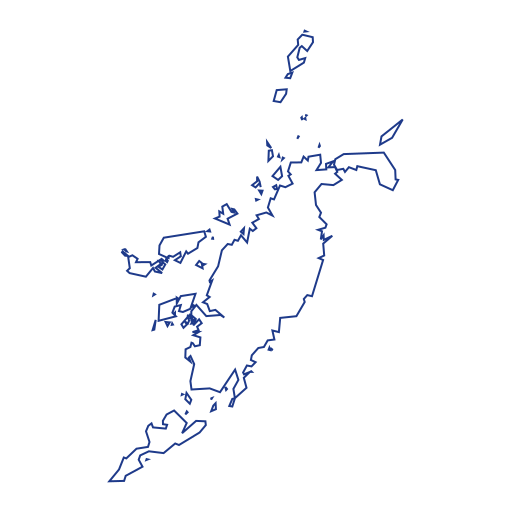 Maluku Tenggara Barat, Maluku, Indonesia
{"feature_id": "22746128B78864950196660", "entity_name": "Maluku Tenggara Barat", "entity_type": "district", "adm_level": 2, "iso_a3": "IDN", "parent_name": "Indonesia", "parent_adm1": "Maluku", "projection": "robinson", "projection_center": [131.235, -7.5], "detail": "fine", "context": "isolated", "style": "outline", "palette": "blue", "viewbox_px": 512, "rotation_deg": 0, "n_neighbors": 0, "source": "geoboundaries", "source_scale": "gbopen_adm2", "svg_char_len": 6160}
<svg xmlns="http://www.w3.org/2000/svg" viewBox="0 0 512 512"><path d="M320.2,154.7L308.5,156.7L307.8,160.5L303.6,156.6L301.3,162.4L290.8,162.5L288.0,171.4L290.7,174.4L288.4,175.8L292.6,183.6L285.4,187.2L280.0,185.5L274.0,199.4L270.7,198.3L267.9,207.5L272.5,215.6L266.3,212.5L256.6,215.3L258.9,219.0L252.3,222.7L256.4,228.2L252.8,231.0L249.8,228.7L247.1,242.5L241.0,235.3L237.9,240.8L234.5,239.8L231.8,244.8L227.7,244.0L221.9,250.3L218.1,266.3L209.5,280.4L210.1,283.1L210.5,281.5L212.2,280.4L206.8,295.3L209.6,297.0L203.0,302.3L207.2,304.0L209.8,311.1L215.4,309.9L224.3,317.5L220.5,315.0L206.3,316.1L196.4,304.9L191.3,311.3L191.4,321.5L192.4,316.1L195.8,319.0L193.3,325.4L199.1,319.3L201.7,323.2L197.1,326.7L198.6,330.2L192.5,332.1L198.7,332.0L193.3,335.2L200.4,337.4L199.8,345.2L194.9,346.3L192.8,343.2L191.5,342.7L190.4,347.0L185.6,349.3L185.3,357.5L190.4,361.6L188.8,357.6L190.5,356.0L194.2,364.1L190.4,381.1L191.5,389.5L209.7,388.4L220.0,392.2L235.1,369.6L238.4,379.9L233.4,388.9L234.9,398.2L246.5,387.8L243.8,377.8L249.8,372.0L244.0,374.3L243.1,372.5L246.9,365.5L251.5,366.4L255.6,362.2L250.9,360.0L251.8,355.3L258.3,348.0L263.9,347.0L267.7,340.4L274.4,339.5L272.4,330.5L278.9,332.1L280.2,317.9L296.4,316.2L304.7,302.0L303.8,299.0L307.3,295.1L312.0,296.2L323.1,260.0L318.7,258.1L324.2,255.5L323.2,243.6L332.3,235.8L323.8,239.9L323.6,235.3L320.8,239.4L322.0,231.3L318.1,229.8L325.4,227.7L326.6,224.3L319.3,217.0L321.0,212.7L316.0,205.0L314.6,192.3L321.5,184.0L333.4,185.1L341.8,179.9L335.1,173.7L337.3,171.9L335.1,167.1L328.3,167.4L333.2,161.3L326.0,163.9L326.3,169.4L316.5,170.1L321.0,162.9L320.2,154.7ZM174.1,410.5L166.6,414.5L162.9,420.8L163.0,424.2L167.1,424.8L165.8,428.6L153.0,427.4L151.5,423.4L148.3,425.8L146.0,431.3L149.5,442.0L148.0,446.9L136.5,448.7L126.3,458.4L123.8,457.5L119.0,469.5L109.3,481.3L124.1,480.9L125.7,475.8L142.5,466.7L138.7,459.7L140.2,455.4L148.9,451.3L163.6,453.1L175.2,443.5L179.0,445.0L199.6,432.5L205.8,425.1L205.4,421.3L196.1,420.9L182.1,433.2L186.7,423.0L174.1,410.5ZM383.8,152.6L343.7,154.1L335.3,159.2L334.0,164.7L337.1,170.0L343.3,168.8L345.0,171.9L348.9,167.2L356.3,170.0L357.3,166.2L375.8,170.2L379.9,184.3L392.8,190.2L398.2,179.9L395.6,179.4L395.2,170.0L383.8,152.6ZM204.2,231.3L163.8,237.7L159.5,245.4L159.0,254.0L167.2,257.7L168.6,256.0L169.3,255.7L173.1,256.8L180.2,252.3L180.8,256.3L174.9,260.2L180.4,262.9L186.2,251.4L188.0,253.7L197.4,248.0L198.5,242.3L205.9,236.8L204.2,231.3ZM195.5,293.8L180.8,296.1L176.8,303.4L176.7,298.2L159.3,304.8L158.6,320.8L175.9,316.3L172.4,312.7L174.7,306.6L180.8,305.1L179.0,311.1L182.9,312.0L190.3,308.8L195.5,293.8ZM132.4,255.3L128.2,257.1L129.8,268.2L127.1,270.8L129.6,273.1L145.9,276.7L153.0,268.0L154.9,271.5L162.1,273.1L155.6,267.8L160.9,263.9L158.6,260.8L163.7,260.7L161.6,258.9L151.3,265.5L150.2,262.1L136.0,262.2L137.6,258.8L132.4,255.3ZM302.3,34.7L297.7,39.5L298.2,44.9L287.9,56.6L290.3,71.0L303.9,62.6L305.2,58.1L298.9,59.9L297.3,57.3L299.7,47.8L301.8,46.1L307.2,51.0L313.0,42.2L312.7,37.2L302.3,34.7ZM226.7,204.1L222.3,206.6L223.2,213.7L219.3,211.4L219.6,216.6L215.0,218.5L229.6,224.6L227.6,218.7L237.4,213.6L234.3,209.4L232.2,208.9L234.0,212.5L231.5,211.9L226.7,204.1ZM392.1,137.8L402.7,119.5L381.5,136.4L380.0,144.7L392.1,137.8ZM286.7,89.3L276.7,90.1L273.7,101.0L280.5,102.2L286.1,93.8L286.7,89.3ZM282.1,176.2L280.4,166.8L272.5,176.1L278.1,179.9L282.1,176.2ZM271.9,150.2L268.8,150.7L268.4,160.9L273.0,156.3L271.9,150.2ZM186.5,392.9L185.3,399.2L189.8,403.7L191.3,399.8L186.5,392.9ZM199.2,261.0L196.1,265.0L202.6,268.3L201.7,262.9L199.2,261.0ZM259.6,181.6L257.1,176.6L257.1,181.3L252.1,185.2L255.6,187.4L259.6,183.2L260.7,187.1L259.6,181.6ZM187.8,316.9L181.4,324.3L183.5,327.8L186.9,324.5L184.8,321.5L187.9,323.5L189.1,320.6L187.8,316.9ZM162.3,262.1L161.8,264.9L158.3,266.7L162.4,269.5L165.3,264.4L162.3,262.1ZM215.6,403.2L213.3,405.6L211.2,411.2L215.9,409.2L215.6,403.2ZM292.3,72.6L287.8,74.1L285.5,77.7L290.2,78.2L292.3,72.6ZM271.2,148.0L267.1,141.9L267.3,145.4L271.2,148.0ZM244.0,228.2L240.8,231.7L243.5,234.0L244.0,228.2ZM232.3,406.5L234.9,398.3L232.3,398.9L229.3,406.0L232.3,406.5ZM169.7,322.4L165.6,322.0L167.5,326.1L169.7,322.4ZM276.2,185.2L273.0,187.0L274.9,189.3L277.1,189.0L276.2,185.2ZM154.3,329.6L155.7,319.9L152.6,330.1L154.3,329.6ZM128.0,255.9L122.6,251.3L122.0,252.4L125.1,255.7L128.0,255.9ZM207.4,231.2L210.1,231.5L209.5,229.6L207.4,231.2ZM269.4,347.7L268.6,349.7L270.2,350.1L269.4,347.7ZM262.5,190.7L259.1,190.5L261.3,194.1L262.5,190.7ZM204.9,264.2L202.2,263.7L203.4,265.1L204.9,264.2ZM166.3,258.5L165.7,260.9L167.1,262.1L167.8,260.7L166.3,258.5ZM185.4,414.4L187.6,412.3L186.8,411.4L185.4,414.4ZM178.8,298.8L177.2,297.8L177.7,299.3L178.8,298.8ZM258.0,199.6L255.9,199.1L256.2,200.5L258.0,199.6ZM302.2,120.1L301.8,117.2L301.3,117.7L302.2,120.1ZM227.0,389.0L225.3,387.0L226.1,390.0L227.0,389.0ZM213.1,238.8L212.9,236.8L212.2,238.7L213.1,238.8ZM279.4,157.1L278.8,154.9L278.0,156.6L279.4,157.1ZM272.8,349.9L271.4,348.8L271.2,349.6L272.8,349.9ZM304.4,31.6L306.2,31.4L304.7,30.7L304.4,31.6ZM153.3,295.4L154.9,294.4L153.7,293.7L153.3,295.4ZM187.9,315.6L189.6,316.1L188.0,315.4L187.9,315.6ZM283.8,158.1L282.8,157.6L282.3,159.5L283.8,158.1ZM319.9,146.0L319.5,144.8L318.5,147.7L319.9,146.0ZM172.9,324.6L172.2,323.4L171.8,324.8L172.9,324.6ZM193.0,306.4L194.3,305.7L193.4,305.2L193.0,306.4ZM168.6,258.0L168.7,256.2L168.0,257.8L168.6,258.0ZM147.8,459.4L146.6,459.1L146.3,460.0L147.8,459.4ZM304.3,118.7L305.5,119.3L305.3,118.0L304.3,118.7ZM192.8,323.3L191.9,322.4L191.3,323.6L192.8,323.3ZM189.5,315.7L190.8,315.3L190.0,314.7L189.5,315.7ZM175.0,312.6L174.2,313.4L175.0,314.0L175.0,312.6ZM305.8,116.2L306.6,115.4L306.1,115.2L305.8,116.2ZM193.5,321.2L193.7,318.9L193.2,321.1L193.5,321.2ZM297.3,138.8L298.7,136.5L298.3,136.3L297.3,138.8ZM189.8,317.9L190.3,317.5L190.8,316.1L189.8,317.9ZM125.4,249.3L124.7,249.2L124.4,249.3L125.6,249.6L126.1,251.3L126.9,251.5L125.4,249.3ZM190.2,319.1L191.2,317.7L190.6,317.4L190.2,319.1ZM212.1,398.0L211.3,398.3L211.1,399.6L212.1,398.0ZM182.9,394.4L182.0,394.0L181.8,394.9L182.9,394.4ZM251.9,371.9L251.2,371.2L250.0,371.9L251.9,371.9ZM125.3,249.8L123.8,249.9L125.4,249.9L125.3,249.8Z" fill="none" stroke="#1e3a8a" stroke-width="2"/></svg>